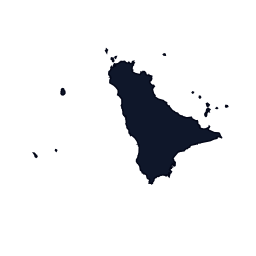 outline of Sicilia, Enna, Italy, rotated 43°
{"feature_id": "23120603B91569774900330", "entity_name": "Sicilia", "entity_type": "district", "adm_level": 2, "iso_a3": "ITA", "parent_name": "Italy", "parent_adm1": "Enna", "projection": "albers", "projection_center": [13.963, 37.152], "detail": "fine", "context": "isolated", "style": "filled", "palette": "ink", "viewbox_px": 256, "rotation_deg": 43, "n_neighbors": 0, "source": "geoboundaries", "source_scale": "gbopen_adm2", "svg_char_len": 5695}
<svg xmlns="http://www.w3.org/2000/svg" viewBox="0 0 256 256"><g transform="rotate(43 128 128)"><path d="M188.0,123.4L185.9,120.9L185.5,120.9L185.4,121.5L185.1,121.3L185.1,121.6L185.0,121.2L184.1,121.1L183.0,120.1L181.6,119.9L181.2,117.6L180.9,111.6L181.3,110.9L181.1,110.5L181.4,110.4L181.4,111.1L181.5,111.3L181.5,110.5L181.4,110.3L182.2,109.3L182.0,108.9L183.2,108.3L183.4,107.6L184.5,106.6L184.4,103.7L185.4,102.6L185.3,101.5L186.1,99.8L185.5,98.4L185.9,97.4L188.3,94.0L188.0,93.8L188.2,93.3L189.5,92.5L189.1,92.0L189.5,91.2L191.1,89.5L191.2,88.9L196.8,81.1L198.3,77.5L200.0,75.0L199.5,74.8L199.6,75.1L199.3,75.2L199.8,73.0L200.3,72.3L203.0,71.3L202.9,71.1L201.3,70.9L198.5,69.6L197.7,69.8L194.2,72.6L188.6,74.5L186.7,74.0L187.0,74.1L186.7,73.6L187.1,72.6L186.6,71.3L186.2,71.3L186.4,71.6L186.6,72.7L185.5,75.6L184.0,77.3L180.9,79.0L179.5,78.6L179.3,77.9L179.6,77.9L178.9,77.4L175.9,77.4L174.9,76.1L173.7,75.4L172.7,76.5L168.6,77.6L167.0,76.9L164.5,80.0L162.8,81.4L162.2,81.8L162.0,81.4L160.6,82.3L159.4,82.3L158.2,83.2L156.1,83.7L154.2,83.3L152.1,84.5L150.7,84.4L148.7,85.0L144.0,84.4L143.1,83.8L142.3,84.5L139.8,84.4L138.5,83.5L138.7,83.3L138.1,83.3L136.8,83.9L135.2,83.8L130.6,86.2L127.0,86.9L125.6,86.5L125.5,86.2L125.4,85.9L126.1,86.0L125.6,85.8L123.3,85.5L119.9,83.4L118.7,81.9L119.0,81.5L118.7,81.2L119.0,80.9L118.6,80.2L118.8,79.6L117.6,79.3L117.2,80.0L115.0,80.5L112.6,79.8L111.8,78.7L112.0,78.4L112.0,78.6L112.3,78.9L112.5,79.1L112.3,78.9L112.2,78.5L112.0,78.3L112.4,78.6L112.0,78.1L112.4,77.6L111.9,76.1L111.6,75.6L110.5,75.2L110.5,74.5L110.0,73.9L108.6,74.6L108.3,75.2L107.0,74.9L107.1,75.5L106.8,75.9L105.0,76.7L103.8,76.6L103.7,75.8L101.6,75.5L100.4,76.5L100.7,77.0L100.1,77.7L100.2,78.0L99.4,78.2L100.0,79.1L100.4,80.8L96.2,83.2L93.3,83.9L92.4,83.7L92.0,82.5L91.6,82.7L90.9,82.3L89.8,81.1L88.9,79.5L89.0,78.2L88.1,77.3L88.1,76.0L86.9,76.1L86.6,75.4L86.0,76.3L86.9,78.0L85.8,79.5L83.8,79.3L83.9,80.2L83.2,81.1L81.6,81.7L80.1,81.5L78.1,83.8L77.0,84.1L78.2,84.3L77.5,84.4L77.6,85.2L77.0,85.7L77.1,87.3L75.5,89.6L76.6,91.3L75.8,92.6L75.9,93.6L75.6,94.2L74.8,94.5L74.9,94.2L74.1,94.9L74.5,95.9L74.4,95.3L75.3,96.4L76.0,98.0L75.7,99.1L76.1,99.6L75.8,99.9L77.0,101.4L77.7,102.1L79.7,102.2L80.2,102.5L80.2,102.8L80.3,103.0L80.5,103.1L80.2,102.7L80.5,102.3L80.3,102.9L80.7,102.7L81.5,103.4L82.1,105.2L83.9,107.3L88.4,106.3L91.2,106.3L94.7,106.8L96.6,108.5L97.8,110.8L100.1,110.3L100.4,110.4L100.0,110.5L103.8,111.0L107.2,114.5L107.9,116.3L108.8,116.3L109.9,117.6L111.1,117.8L112.6,119.1L113.1,119.1L114.1,120.5L115.0,121.2L115.6,121.1L116.3,121.6L117.5,121.3L118.2,122.1L118.0,121.5L118.3,121.5L118.2,121.9L118.4,121.4L118.6,121.8L119.3,121.6L120.2,122.5L120.1,122.8L120.2,123.0L120.9,123.0L121.9,124.2L122.8,124.6L123.6,126.3L126.2,127.5L127.1,128.5L130.1,128.8L132.2,130.9L134.3,131.1L134.5,131.5L134.8,131.8L134.5,131.3L134.9,131.5L134.9,131.2L135.0,131.2L134.9,131.8L135.1,131.0L136.2,130.6L140.0,130.5L143.6,131.3L146.6,132.7L146.5,132.9L146.9,132.7L147.8,133.1L148.1,133.5L147.4,134.4L148.1,133.5L149.2,134.2L152.8,138.3L154.3,140.9L154.3,141.5L155.3,142.6L155.9,145.4L157.2,146.8L159.5,147.3L159.4,147.3L159.4,147.2L159.8,147.1L162.8,147.9L165.8,150.3L167.6,150.2L169.1,151.0L170.4,150.3L170.8,150.4L171.0,150.7L171.3,150.8L170.9,150.4L171.1,150.5L171.2,150.0L173.6,149.6L176.1,151.4L177.5,151.4L178.1,150.9L179.0,151.1L179.8,151.8L180.2,153.0L180.8,153.2L181.1,153.9L182.5,152.8L182.5,152.4L183.3,152.7L183.6,151.8L182.9,150.9L182.7,148.8L182.3,148.5L181.7,147.1L181.7,145.9L182.3,145.1L182.1,144.2L182.3,143.5L183.4,142.6L184.0,140.1L184.8,139.6L185.3,138.5L186.3,138.0L186.2,137.6L188.3,137.1L188.1,136.7L188.6,136.4L188.4,136.2L188.6,136.1L188.6,135.6L189.8,134.9L190.4,135.5L191.3,135.6L190.2,133.6L189.4,134.1L188.9,133.7L188.6,133.0L188.9,132.5L189.5,132.5L189.5,132.8L189.7,133.1L189.8,132.7L189.7,132.3L189.4,132.3L189.9,131.7L189.6,130.3L188.2,130.3L188.1,130.2L188.3,130.1L188.2,130.1L188.5,129.9L188.1,130.2L187.3,129.9L186.6,129.3L186.5,128.5L186.9,128.0L187.5,128.4L187.1,127.7L186.6,128.1L186.0,128.0L185.7,127.1L186.2,127.0L186.3,126.9L185.7,127.0L185.1,125.9L185.0,124.8L185.5,124.3L185.0,123.8L185.6,123.8L186.2,123.2L186.5,123.8L186.3,124.4L186.7,124.8L186.6,123.6L186.9,123.4L187.8,123.9L188.0,123.4ZM54.2,143.4L53.4,143.7L53.0,144.5L53.1,145.2L54.1,146.2L54.3,147.0L54.8,147.1L55.2,148.2L56.2,148.7L57.2,148.7L58.0,148.0L58.3,146.6L58.1,145.5L56.6,144.2L56.1,144.4L54.2,143.4ZM175.3,58.6L173.4,58.9L172.8,60.5L173.4,61.6L174.3,61.8L174.6,62.7L175.1,62.9L175.4,62.2L175.1,61.1L176.1,60.7L175.4,60.3L175.3,58.6ZM171.6,55.6L169.2,55.7L168.8,56.7L170.9,58.0L171.8,58.0L171.6,57.2L171.9,56.7L171.6,55.6ZM175.3,63.3L175.2,63.9L174.6,63.9L174.8,64.1L174.4,64.8L175.0,65.7L176.0,66.4L177.1,66.4L177.2,66.1L176.8,65.0L176.2,64.3L175.4,64.2L175.7,63.6L175.3,63.3ZM69.6,87.1L68.1,88.0L68.7,89.1L70.7,88.9L71.3,89.7L71.9,89.6L71.9,88.6L71.0,88.0L70.2,88.4L69.6,87.1ZM76.7,210.3L76.1,210.7L78.2,211.2L79.4,212.0L79.6,211.6L79.7,212.1L80.8,212.1L80.9,211.7L80.4,211.5L80.8,210.9L80.6,210.7L76.7,210.3ZM185.5,43.9L184.2,44.7L184.5,45.5L185.2,45.9L185.7,45.6L186.3,44.3L185.5,43.9ZM59.8,85.0L58.4,85.0L59.1,86.1L58.9,86.7L60.9,87.3L59.9,85.8L59.8,85.0ZM159.1,55.6L158.6,56.0L159.2,57.0L160.7,57.1L160.2,56.8L160.1,55.9L159.1,55.6ZM104.8,48.7L103.9,49.1L103.7,50.1L104.5,50.2L105.6,49.3L104.8,48.7ZM75.4,89.7L74.3,90.3L75.0,92.8L75.3,91.4L75.0,90.4L75.4,89.7ZM70.7,83.8L70.2,84.4L70.2,85.1L70.6,85.5L71.3,85.4L70.7,83.8ZM91.0,192.9L90.4,192.9L89.9,193.2L90.3,193.9L91.3,193.9L91.0,192.9ZM151.5,57.2L150.7,57.5L150.8,58.3L151.5,58.3L151.7,57.5L151.5,57.2ZM179.9,52.5L179.1,52.5L179.0,53.4L179.8,53.1L179.9,52.5Z" fill="#0f172a" stroke="#020617" stroke-width="1.5"/></g></svg>